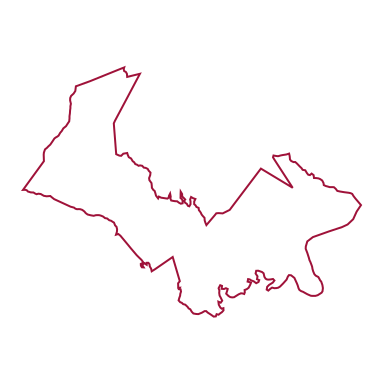 Viana, Maranhão, Brazil
{"feature_id": "56859067B39245946718255", "entity_name": "Viana", "entity_type": "district", "adm_level": 2, "iso_a3": "BRA", "parent_name": "Brazil", "parent_adm1": "Maranhão", "projection": "robinson", "projection_center": [-44.985, -3.13], "detail": "fine", "context": "isolated", "style": "outline", "palette": "rose", "viewbox_px": 384, "rotation_deg": 0, "n_neighbors": 0, "source": "geoboundaries", "source_scale": "gbopen_adm2", "svg_char_len": 5014}
<svg xmlns="http://www.w3.org/2000/svg" viewBox="0 0 384 384"><path d="M361.0,205.1L355.4,198.5L353.6,196.2L352.2,193.9L350.7,193.2L348.9,192.8L346.6,192.5L344.2,192.2L342.4,191.9L340.0,191.5L337.3,190.9L335.7,188.8L333.9,187.2L332.2,187.1L329.6,187.1L327.6,186.5L326.0,186.1L323.8,185.1L323.5,183.0L322.2,180.5L320.2,179.1L318.5,178.4L316.4,178.1L314.0,178.0L313.6,175.1L311.6,173.6L309.9,175.1L308.2,174.7L306.8,172.9L305.3,170.3L302.6,169.8L301.5,168.1L299.9,166.6L297.7,164.3L296.4,163.0L295.2,162.0L293.5,162.1L291.2,161.0L290.0,159.5L289.7,156.3L289.1,153.6L286.3,154.5L283.0,155.0L280.9,155.4L278.1,156.2L276.2,156.0L273.5,155.5L273.0,157.3L274.2,159.3L277.1,163.8L292.7,187.8L260.9,168.6L242.0,193.6L234.5,203.5L229.7,209.9L222.7,213.4L218.6,213.1L216.3,213.3L214.8,215.2L206.4,225.1L205.4,222.7L204.7,220.5L204.5,217.8L202.9,216.1L201.6,214.5L200.9,212.9L200.0,211.5L198.9,210.2L198.6,207.9L196.4,206.9L195.6,205.4L194.2,204.2L194.2,201.5L195.4,199.0L193.1,198.2L191.1,197.0L190.1,199.5L190.5,201.3L190.5,204.3L189.3,206.3L187.9,205.8L186.8,203.8L185.2,202.8L184.1,200.9L185.2,199.5L183.8,198.0L182.2,196.5L182.1,194.0L180.7,191.7L180.6,194.1L180.6,195.9L180.5,198.0L181.8,199.1L182.6,200.7L182.6,203.3L180.8,203.7L178.8,202.6L177.2,201.3L175.1,201.2L173.2,200.9L171.2,200.5L170.4,198.6L170.7,196.6L170.1,193.6L169.0,195.8L168.7,197.6L167.5,198.6L165.9,198.4L163.3,198.0L161.2,197.7L158.9,196.6L158.1,198.4L157.1,197.1L156.0,195.6L155.3,193.0L154.6,190.9L153.3,189.9L151.9,187.8L151.8,185.9L151.5,183.1L149.4,180.2L149.1,178.1L150.2,175.2L150.5,172.6L148.7,170.7L147.7,168.9L145.7,167.9L143.8,167.6L142.2,165.8L140.1,165.4L138.6,165.8L136.8,164.6L135.3,164.1L134.2,162.3L132.7,161.2L131.1,158.5L128.8,157.2L127.8,155.0L127.2,153.0L125.6,153.3L123.3,153.7L121.2,155.8L119.3,155.6L116.2,154.2L115.9,150.4L113.8,123.4L114.9,120.9L127.2,97.8L139.9,73.8L127.2,76.9L126.9,73.7L125.8,71.9L124.2,71.1L123.7,69.1L124.2,67.4L108.8,73.6L94.7,79.3L90.0,81.2L75.9,86.3L75.3,91.0L73.6,93.6L71.1,95.9L70.2,98.0L70.1,100.4L70.9,103.8L70.4,106.2L70.4,108.2L70.1,110.3L69.9,113.5L69.5,116.2L69.5,118.5L69.2,121.4L68.0,123.1L66.0,126.2L64.5,127.4L63.3,128.4L61.7,131.1L60.2,132.8L58.6,135.6L57.3,136.6L55.7,137.5L54.4,138.5L52.9,140.8L50.3,144.6L48.3,146.4L47.0,147.8L45.0,149.4L43.9,152.6L43.7,154.7L43.8,157.8L43.9,161.2L33.4,175.6L23.0,189.9L25.2,189.8L26.7,190.2L27.9,191.5L30.8,192.4L33.5,192.5L35.2,193.6L36.6,194.2L38.3,193.7L40.7,194.0L43.8,195.8L46.6,196.3L50.3,196.0L51.7,197.2L54.1,199.1L70.6,206.7L74.0,207.6L75.4,208.7L77.0,209.2L78.7,209.1L80.2,209.2L82.3,209.9L84.4,211.5L85.7,213.1L87.6,214.5L90.8,215.3L93.7,215.8L95.8,215.2L97.8,215.1L99.4,215.2L101.1,215.7L103.2,216.6L105.0,218.1L107.2,218.5L109.2,220.2L111.2,220.8L112.6,221.8L114.0,222.6L115.1,225.4L116.5,226.8L117.1,229.3L116.9,231.9L116.0,234.7L118.3,234.0L120.4,235.7L127.4,244.1L131.0,248.5L136.7,255.2L139.0,257.5L141.5,259.9L143.8,263.1L146.7,264.8L146.8,262.8L148.4,262.8L149.5,264.3L149.8,266.5L151.1,268.6L151.7,271.3L154.9,269.3L172.7,257.0L179.8,281.2L178.1,283.3L178.2,285.9L178.2,287.8L179.9,287.7L179.1,289.2L180.6,289.4L181.0,291.6L180.3,293.8L180.1,295.8L179.4,297.6L178.6,300.4L180.2,302.2L181.8,302.8L183.1,304.1L185.3,304.7L187.7,307.0L188.6,308.4L190.3,309.3L191.7,311.7L193.4,313.5L196.2,314.0L198.4,314.1L201.9,312.7L204.6,311.1L206.2,311.1L207.6,312.5L209.3,313.6L211.0,314.7L213.7,316.6L215.8,316.4L216.6,314.2L218.6,314.7L220.4,313.2L221.9,312.2L223.5,310.4L223.4,308.2L221.7,308.7L220.3,307.5L218.8,304.7L218.4,301.7L220.7,302.7L222.2,300.7L220.6,297.4L219.6,295.6L219.2,292.9L219.4,290.6L218.6,288.2L220.2,285.2L222.0,285.9L221.6,288.8L224.0,289.0L225.9,288.2L227.7,289.0L227.1,291.0L226.2,293.7L228.5,296.0L230.3,297.1L232.2,297.4L234.1,297.2L238.7,294.3L241.0,293.3L242.8,293.5L244.2,294.0L244.8,292.4L244.6,290.0L246.7,289.2L248.6,287.8L250.2,284.8L251.0,282.7L249.4,282.1L247.6,281.6L248.1,279.1L249.7,279.4L251.2,280.4L253.7,281.3L256.2,283.2L258.5,282.0L259.2,280.1L257.0,279.2L257.5,276.3L255.6,273.5L256.2,270.8L258.2,270.7L262.0,272.0L263.6,273.3L264.4,276.8L265.6,278.7L267.1,279.5L268.7,279.6L270.7,279.4L273.0,279.0L274.4,280.5L272.8,282.6L271.2,283.6L269.1,284.9L267.2,286.8L266.7,289.6L268.3,290.6L270.2,288.9L272.1,287.6L274.3,288.2L276.3,288.1L278.2,287.7L280.0,286.6L281.2,285.4L283.1,283.5L286.6,279.6L287.9,276.5L289.0,275.1L291.1,275.3L294.4,277.9L295.8,281.0L296.9,283.4L297.7,285.4L298.6,288.4L299.4,289.9L301.1,291.1L303.0,291.8L305.3,293.1L307.3,294.2L310.7,295.7L312.3,295.9L315.3,295.9L317.7,295.2L319.6,294.0L321.6,292.7L322.5,291.3L322.9,288.1L322.4,285.0L321.2,281.6L320.1,280.3L319.3,278.7L318.3,277.0L315.8,275.7L314.4,274.2L313.2,271.4L312.5,269.0L312.1,266.6L311.3,264.4L310.3,261.8L309.5,260.2L308.9,257.9L307.3,252.9L305.7,248.8L305.8,246.5L307.3,241.4L312.9,237.1L329.0,231.4L342.0,227.1L347.6,224.5L353.2,219.2L356.7,211.5L361.0,205.1ZM143.8,263.1L142.2,263.2L140.8,263.9L140.9,265.7L141.9,267.3L143.7,267.4L142.4,265.3L143.8,263.1Z" fill="none" stroke="#9f1239" stroke-width="2"/></svg>